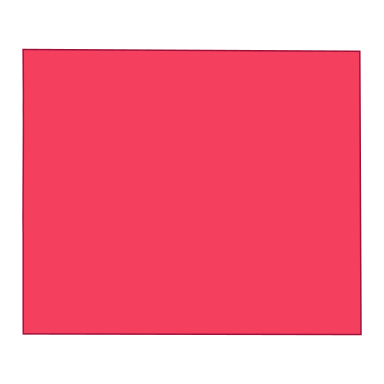 Stanton, Kansas, United States of America
{"feature_id": "52423323B8394937054481", "entity_name": "Stanton", "entity_type": "district", "adm_level": 2, "iso_a3": "USA", "parent_name": "United States of America", "parent_adm1": "Kansas", "projection": "natural_earth1", "projection_center": [-101.94, 37.563], "detail": "fine", "context": "isolated", "style": "filled", "palette": "rose", "viewbox_px": 384, "rotation_deg": 0, "n_neighbors": 0, "source": "geoboundaries", "source_scale": "gbopen_adm2", "svg_char_len": 351}
<svg xmlns="http://www.w3.org/2000/svg" viewBox="0 0 384 384"><path d="M359.8,51.3L23.1,49.5L23.2,61.4L23.4,96.8L23.3,108.8L23.4,117.9L23.4,126.2L23.3,155.8L23.1,196.5L23.1,210.1L23.0,214.9L23.2,238.7L23.2,268.5L23.2,296.7L23.2,296.8L23.2,317.0L23.3,333.9L340.8,334.5L361.0,334.5L359.8,51.3Z" fill="#f43f5e" stroke="#9f1239" stroke-width="1.5"/></svg>